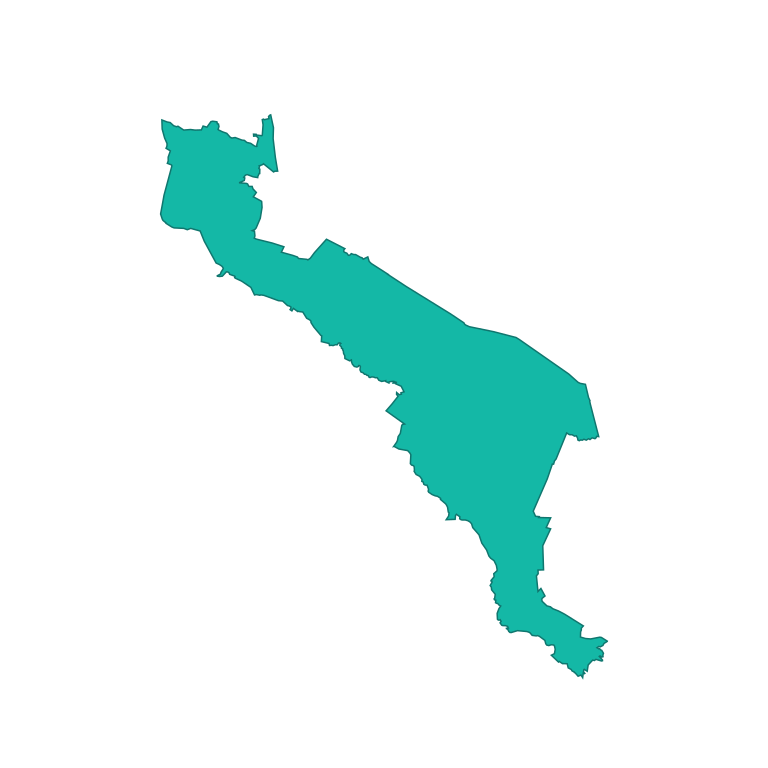 the district of Purísima del Rincón, Guanajuato, Mexico, rotated 286°
{"feature_id": "50627088B64062535861802", "entity_name": "Purísima del Rincón", "entity_type": "district", "adm_level": 2, "iso_a3": "MEX", "parent_name": "Mexico", "parent_adm1": "Guanajuato", "projection": "robinson", "projection_center": [-101.94, 20.941], "detail": "fine", "context": "isolated", "style": "filled", "palette": "teal", "viewbox_px": 768, "rotation_deg": 286, "n_neighbors": 0, "source": "geoboundaries", "source_scale": "gbopen_adm2", "svg_char_len": 6170}
<svg xmlns="http://www.w3.org/2000/svg" viewBox="0 0 768 768"><g transform="rotate(286 384 384)"><path d="M611.5,200.9L610.8,200.0L609.3,199.3L607.4,200.3L605.1,196.1L605.4,195.1L604.6,194.1L599.8,196.3L589.7,198.4L589.0,198.1L588.2,192.9L588.8,192.4L588.2,189.7L586.3,190.4L587.2,192.9L585.5,195.7L578.8,195.8L577.4,196.3L577.1,195.8L577.1,194.0L578.6,189.5L578.4,185.5L579.7,182.7L579.3,180.2L579.9,173.0L578.5,170.0L578.8,168.2L581.6,163.8L581.9,159.2L582.6,155.1L582.9,154.3L586.0,154.4L588.3,153.2L588.2,152.1L590.0,151.1L589.4,146.9L588.5,145.3L582.1,143.0L582.1,139.0L577.9,138.4L576.0,132.5L575.3,127.9L572.9,121.5L575.0,114.9L574.1,113.6L574.3,110.6L576.4,106.4L576.1,103.3L576.6,97.7L567.9,100.5L560.0,105.3L555.3,109.2L552.7,109.8L550.5,109.5L549.2,114.4L542.6,114.0L538.8,115.1L536.4,114.9L536.0,119.3L535.2,120.0L504.9,120.5L495.1,121.5L485.8,122.4L481.4,125.4L480.3,126.5L478.7,130.2L478.3,130.2L476.4,136.9L476.2,139.2L478.4,148.6L478.1,152.4L480.3,155.3L480.4,165.1L471.7,171.9L454.0,189.3L453.5,192.7L452.6,195.6L451.6,197.0L450.6,197.7L446.5,196.5L444.6,196.5L442.1,193.9L441.7,194.1L442.0,196.3L443.1,198.9L448.4,201.6L448.6,202.9L448.2,204.4L446.9,205.4L446.5,210.8L446.2,211.2L445.1,211.1L444.7,212.0L443.7,218.5L440.2,229.4L433.9,235.0L434.8,236.7L435.1,240.3L435.7,240.9L436.1,244.1L435.0,259.5L435.8,263.7L432.8,269.6L432.9,271.6L432.3,273.4L430.9,273.6L429.6,273.2L428.9,275.3L431.7,276.1L430.0,280.7L430.3,280.7L430.2,282.2L430.8,286.1L425.9,291.5L425.1,295.1L424.2,296.5L422.9,296.9L419.3,301.0L413.3,309.9L413.2,310.8L407.5,312.1L407.8,320.0L406.0,321.0L406.7,322.7L406.9,324.5L408.3,326.3L408.8,328.2L410.6,328.8L411.4,330.2L411.1,331.2L410.6,330.7L408.9,330.9L408.1,332.7L406.7,333.2L406.5,334.5L405.4,334.8L404.9,335.6L402.1,336.8L400.4,338.5L397.7,339.4L396.8,344.6L398.1,346.0L396.3,346.7L394.4,348.1L392.7,350.6L392.8,353.3L393.8,354.5L394.7,354.5L395.0,355.6L394.2,356.5L391.0,357.0L389.2,358.5L389.0,360.9L388.0,362.5L388.3,364.0L387.6,365.3L387.8,366.6L386.3,367.9L386.4,368.9L387.5,370.3L387.8,372.4L387.6,373.9L388.2,375.7L386.2,378.0L385.8,381.0L387.7,384.7L386.9,384.8L386.3,388.5L387.6,388.4L389.1,392.0L389.2,392.5L387.4,392.4L387.8,393.9L389.7,394.0L389.2,394.0L389.0,395.4L387.4,395.2L386.6,401.1L382.0,405.4L380.2,402.7L379.0,403.5L377.9,401.6L379.3,398.5L377.5,398.9L376.0,400.9L367.2,397.3L358.8,393.4L351.2,414.8L350.1,412.8L348.9,412.5L341.0,413.3L337.3,412.1L333.5,412.5L331.5,412.2L326.6,410.5L326.8,410.9L325.6,416.2L326.5,425.1L324.8,427.9L323.4,429.3L314.7,431.3L313.7,432.8L313.6,434.8L313.0,435.7L309.6,437.0L308.4,437.0L305.9,439.8L305.1,443.8L302.8,446.8L300.8,447.2L300.6,448.7L298.6,449.9L298.2,451.4L298.6,453.3L295.2,455.8L293.1,456.0L292.3,456.8L291.0,460.7L290.6,464.0L290.8,466.4L289.7,469.9L288.6,470.1L285.8,476.3L284.7,477.6L283.0,479.1L278.6,481.1L278.3,481.9L277.6,482.1L274.9,482.5L270.7,481.2L273.5,489.7L277.2,489.0L278.7,489.5L277.3,493.5L275.3,493.9L274.8,495.3L274.8,496.4L275.7,499.6L275.7,502.3L275.1,504.6L273.8,506.7L270.4,508.9L265.2,516.9L258.0,521.9L252.7,528.4L247.5,532.3L245.9,534.6L244.5,538.5L240.6,542.0L237.0,543.8L235.6,544.1L231.9,541.8L229.1,543.0L224.6,541.0L224.1,541.2L224.2,542.0L223.2,542.5L219.5,541.6L218.4,543.1L215.8,544.2L212.5,548.9L208.0,549.5L207.7,549.1L207.0,549.7L207.0,551.1L204.5,551.5L204.2,552.8L204.4,553.7L203.2,555.5L202.8,557.4L199.7,556.4L194.7,556.0L189.1,557.9L188.6,558.9L189.0,560.4L189.4,560.7L188.1,562.0L186.4,561.4L184.6,563.6L184.5,564.8L185.2,567.4L185.1,569.6L183.7,570.8L182.9,569.0L182.6,569.1L182.3,570.6L180.6,572.1L179.9,573.5L180.1,574.7L183.7,580.3L185.4,589.3L185.4,591.4L185.1,592.9L183.2,595.7L183.8,599.7L184.5,601.1L184.3,602.9L181.9,609.3L178.9,611.1L177.9,612.4L178.0,614.6L179.4,616.5L179.9,619.1L179.1,620.1L176.2,621.7L172.2,622.1L171.6,622.0L169.4,619.6L164.8,628.4L165.6,629.0L164.4,632.6L165.6,637.2L161.9,639.3L161.2,642.6L160.0,643.9L159.6,646.3L159.1,646.5L159.0,647.4L156.6,651.1L158.5,653.6L156.5,655.9L161.2,655.2L160.8,656.5L161.1,656.8L162.3,655.1L164.4,654.8L164.9,655.1L163.9,658.5L170.2,657.7L176.1,660.7L176.2,662.5L177.7,663.6L177.7,669.4L178.2,670.3L178.9,670.1L181.5,666.0L182.2,666.6L181.6,668.7L182.2,669.7L183.8,669.1L185.6,669.2L188.0,666.7L188.1,665.6L189.0,664.2L188.6,663.5L189.2,661.4L191.0,662.9L190.9,664.3L193.0,666.5L195.3,667.0L197.2,668.8L198.0,669.1L198.2,670.1L200.3,662.8L200.1,661.2L195.9,652.9L194.9,647.9L194.9,642.6L200.0,641.3L201.8,641.5L203.8,641.0L206.4,642.3L212.5,621.1L213.9,614.4L214.5,608.3L215.7,605.4L215.6,601.8L218.7,595.9L220.6,595.0L221.6,595.1L224.6,597.2L230.7,591.2L227.0,589.2L241.6,583.4L244.1,584.5L247.6,583.3L249.3,588.6L272.3,581.2L290.7,584.1L290.7,579.5L301.3,581.1L298.3,569.5L299.3,569.7L298.6,566.1L302.9,562.5L337.8,567.1L353.4,567.9L353.7,569.1L357.1,569.1L359.3,570.1L387.3,573.1L386.4,576.2L387.1,578.9L386.4,581.4L387.2,583.2L385.2,585.1L383.6,585.8L383.3,587.3L384.4,588.4L384.7,590.2L386.0,591.4L385.8,593.9L387.8,595.8L387.4,597.3L389.6,598.9L389.6,601.9L390.6,602.6L392.3,602.9L392.6,604.9L421.5,587.9L424.1,586.5L424.7,586.6L427.3,584.4L439.2,577.7L438.7,572.4L439.1,570.1L444.5,558.9L464.0,502.0L465.1,498.1L464.5,474.9L462.6,450.3L463.2,446.2L463.7,445.0L464.8,444.0L469.8,428.4L483.9,378.3L490.4,357.4L490.6,357.6L496.3,338.6L497.7,336.0L501.7,333.4L498.3,329.6L499.3,328.1L499.3,326.4L500.6,321.0L500.1,319.1L500.3,316.6L498.8,315.9L498.0,315.0L497.9,314.3L499.5,312.2L499.8,309.5L500.3,308.8L502.0,308.4L503.3,309.1L507.3,288.8L491.2,281.0L484.6,278.5L482.3,276.6L482.6,275.6L481.1,267.2L482.2,265.8L482.5,260.9L482.4,249.0L488.3,250.0L488.7,237.7L488.1,221.4L488.4,219.1L490.8,219.1L495.1,217.4L495.1,215.1L497.0,217.3L498.7,218.1L509.2,219.4L520.1,218.1L525.5,216.2L525.9,215.9L527.9,206.8L532.9,208.5L535.5,204.2L537.6,202.8L536.7,199.6L538.7,197.7L538.9,196.5L537.6,189.8L537.9,189.7L541.1,193.6L543.7,193.4L544.0,192.2L546.5,193.2L547.4,194.4L547.6,195.2L547.1,201.0L547.6,205.7L548.8,205.5L551.9,206.0L552.1,206.5L556.3,205.4L556.7,204.3L559.3,204.4L559.4,204.1L561.6,207.0L562.5,207.4L557.4,219.4L558.5,220.5L559.3,223.1L571.9,217.1L589.3,209.8L599.9,207.1L611.5,200.9Z" fill="#14b8a6" stroke="#0f766e" stroke-width="1.5"/></g></svg>